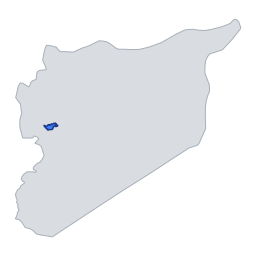 Ar-Rastan, Homs (Hims), Syria shown in context
{"feature_id": "27442178B10190550865888", "entity_name": "Ar-Rastan", "entity_type": "district", "adm_level": 2, "iso_a3": "SYR", "parent_name": "Syria", "parent_adm1": "Homs (Hims)", "projection": "orthographic", "projection_center": [36.766, 34.897], "detail": "fine", "context": "in_parent", "style": "filled", "palette": "blue", "viewbox_px": 256, "rotation_deg": 0, "n_neighbors": 0, "source": "geoboundaries", "source_scale": "gbopen_adm2", "svg_char_len": 3732}
<svg xmlns="http://www.w3.org/2000/svg" viewBox="0 0 256 256"><path d="M20.3,83.0L22.9,83.3L28.4,86.7L29.3,86.6L31.0,82.2L32.6,80.7L36.1,79.4L37.0,72.3L38.6,70.9L40.6,70.2L43.5,70.0L46.0,69.6L46.2,68.3L42.7,60.1L43.0,58.0L44.7,49.7L45.8,46.4L46.8,45.3L50.9,45.8L56.5,47.2L58.0,49.6L60.8,51.7L64.9,51.6L69.7,51.9L73.5,52.1L76.4,50.6L83.1,47.7L86.5,46.7L89.5,45.5L99.2,40.8L103.1,41.1L105.7,41.6L107.8,42.3L112.4,45.4L116.3,48.4L119.0,49.3L123.7,49.2L130.7,49.6L139.2,49.4L144.1,48.3L150.4,46.6L161.5,42.5L176.0,34.2L184.5,30.1L188.2,29.5L193.1,29.3L198.0,30.1L203.6,30.5L206.1,30.3L212.0,29.3L219.7,27.3L224.5,25.8L230.2,23.4L233.7,19.7L234.8,19.2L236.4,19.8L237.1,20.0L238.7,21.9L240.6,27.0L240.6,27.6L240.4,29.0L236.8,33.5L232.0,39.5L228.4,43.4L222.4,49.8L217.8,51.3L209.9,53.9L207.8,56.2L206.0,59.7L205.1,64.5L204.9,67.5L204.9,73.0L207.0,78.7L209.1,84.1L209.5,87.7L209.5,91.3L207.9,95.2L206.3,100.5L205.4,106.5L205.3,117.7L205.7,127.2L205.6,128.7L202.6,135.5L199.0,143.5L197.2,145.4L188.7,148.1L179.5,154.2L169.1,160.9L159.7,167.1L149.8,173.5L139.4,180.1L132.0,184.8L122.1,191.0L113.0,197.0L103.7,203.0L96.7,207.6L85.9,214.7L79.6,218.9L70.3,225.0L62.1,230.4L52.4,236.8L40.2,234.9L36.3,233.8L33.2,230.7L30.8,229.1L25.1,227.4L21.4,221.7L19.2,219.7L15.4,218.8L17.0,215.2L17.4,212.8L19.0,209.9L18.0,207.9L17.6,203.9L16.8,202.9L16.6,201.8L17.2,200.5L17.0,199.2L16.3,198.6L16.0,196.5L15.5,195.1L15.8,193.2L16.6,192.0L17.5,189.8L18.6,189.1L20.2,187.7L20.6,186.2L22.1,184.7L24.0,183.5L24.5,182.6L24.2,182.0L22.3,180.9L21.2,179.0L22.2,176.3L22.8,175.4L24.0,174.1L26.6,172.1L28.7,171.8L30.4,171.8L33.4,171.9L35.7,172.3L36.3,171.8L36.2,171.1L33.4,169.4L33.2,168.1L33.9,166.7L36.0,164.5L38.4,162.8L39.6,162.5L42.3,159.2L44.1,155.5L41.3,146.5L39.6,145.1L36.8,143.8L35.2,143.6L35.0,143.0L37.2,140.7L38.8,138.8L37.1,136.9L34.0,136.0L32.9,137.9L28.9,138.1L22.8,138.0L20.1,128.5L19.8,124.3L19.9,119.6L21.8,112.6L21.0,109.4L20.9,107.2L20.5,104.2L15.7,97.7L18.4,85.9L20.3,83.0Z" fill="#d9dde1" stroke="#a8b0b8" stroke-width="1"/><path d="M57.7,125.5L57.7,125.4L57.4,125.3L57.2,125.4L56.9,125.0L56.7,124.8L56.6,124.6L56.6,124.4L56.1,123.8L56.0,123.7L55.9,123.6L55.7,123.5L55.7,123.4L55.5,123.2L55.4,123.2L55.2,123.2L55.1,123.3L54.9,123.4L54.8,123.5L54.7,123.5L54.4,123.6L54.1,123.6L54.0,123.4L53.6,123.6L53.4,123.5L53.2,123.7L52.9,124.0L52.6,124.1L52.4,124.1L52.2,124.1L52.2,124.4L51.9,124.5L51.7,124.6L51.4,124.7L51.2,124.6L51.1,124.4L51.0,124.5L50.7,124.4L50.5,124.6L50.4,125.0L50.2,125.1L50.0,124.9L49.9,124.8L49.7,124.8L49.7,125.0L49.4,125.1L49.4,124.8L49.4,124.7L49.2,124.6L48.9,124.6L48.8,124.8L48.7,124.8L48.6,125.0L48.4,125.0L48.1,124.9L47.9,125.0L47.4,125.5L47.2,125.7L47.0,125.9L46.8,126.0L46.7,126.2L46.7,126.3L46.4,126.4L46.0,126.4L45.9,126.5L45.7,126.4L45.6,126.2L45.4,126.2L45.2,126.2L45.1,126.3L44.9,126.3L44.7,126.2L44.8,126.1L44.7,126.0L44.8,126.0L45.0,126.0L45.0,125.9L44.9,125.8L44.9,125.7L44.7,125.5L44.6,125.4L44.3,125.5L44.4,125.8L44.4,126.2L44.5,126.5L44.9,126.8L45.1,126.9L45.2,127.0L45.3,127.2L45.3,127.3L45.7,127.4L45.7,127.7L46.1,128.2L46.1,128.3L46.3,128.7L46.5,128.7L46.7,128.8L46.9,128.8L47.0,128.8L47.3,128.9L47.4,129.0L47.5,129.0L47.7,129.3L47.8,129.5L47.7,129.8L47.8,130.0L48.0,130.1L48.2,129.9L48.8,129.6L49.0,129.5L49.5,129.7L49.8,129.6L50.2,129.6L50.4,129.6L50.6,129.6L50.9,129.6L51.1,129.6L51.7,129.4L52.1,129.4L52.3,129.4L52.6,129.0L52.7,128.7L52.8,128.5L53.1,127.8L53.1,127.7L53.3,127.4L53.3,127.2L53.1,126.8L53.1,126.7L53.5,126.5L53.7,126.4L54.0,126.4L54.3,126.3L54.6,126.2L55.0,126.2L55.2,125.9L55.2,125.3L55.3,125.2L55.4,125.3L55.5,125.4L55.8,126.0L56.1,126.4L56.1,126.5L56.4,126.4L56.7,126.3L57.1,126.2L57.3,126.2L57.4,125.6L57.5,125.6L57.7,125.5Z" fill="#3b82f6" stroke="#1e3a8a" stroke-width="1.5"/></svg>